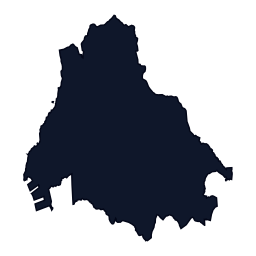 Si Racha, Chon Buri, Thailand (Equal Earth projection)
{"feature_id": "78962969B58781089685129", "entity_name": "Si Racha", "entity_type": "district", "adm_level": 2, "iso_a3": "THA", "parent_name": "Thailand", "parent_adm1": "Chon Buri", "projection": "equal_earth", "projection_center": [101.044, 13.142], "detail": "fine", "context": "isolated", "style": "filled", "palette": "ink", "viewbox_px": 256, "rotation_deg": 0, "n_neighbors": 0, "source": "geoboundaries", "source_scale": "gbopen_adm2", "svg_char_len": 5770}
<svg xmlns="http://www.w3.org/2000/svg" viewBox="0 0 256 256"><path d="M131.6,25.4L128.3,26.9L125.9,24.7L123.8,25.4L121.8,22.7L120.6,22.1L118.8,20.0L116.1,18.3L115.1,15.7L114.1,15.4L111.6,18.6L110.0,19.8L108.8,21.4L107.5,21.9L105.0,24.5L103.9,25.1L100.6,25.3L97.5,26.9L96.2,26.6L94.7,24.6L93.8,24.2L92.8,24.2L90.7,25.1L90.1,25.9L90.0,27.8L89.0,29.4L88.2,32.5L87.8,33.1L87.7,35.2L87.0,35.9L85.9,35.9L85.3,36.3L84.6,37.9L84.2,40.1L82.0,42.7L81.4,44.0L82.4,50.4L83.8,51.4L83.1,54.3L82.9,57.9L81.7,57.0L81.4,54.7L79.1,54.4L77.1,47.7L75.5,47.0L73.9,45.3L73.6,44.6L72.8,44.2L70.8,45.2L69.5,46.9L67.4,47.4L63.9,49.3L59.5,50.2L60.2,55.5L61.2,59.3L61.2,61.4L62.2,64.6L62.5,66.3L62.5,68.9L62.1,70.7L61.9,71.0L61.4,70.9L61.1,71.6L61.5,75.5L61.8,75.6L61.8,76.5L62.1,76.5L62.3,77.2L62.5,78.8L61.4,82.4L61.2,85.3L60.4,87.5L60.1,87.3L59.4,88.2L58.6,87.8L58.3,88.0L58.6,89.6L58.0,93.4L57.9,96.3L57.2,98.4L56.4,99.0L56.5,100.7L56.1,101.1L56.1,102.1L55.8,103.5L55.6,103.6L55.7,105.0L55.4,105.6L55.8,106.2L55.6,106.0L53.1,109.6L52.3,110.2L51.4,110.2L51.3,111.3L50.5,112.7L49.8,113.1L49.6,112.9L49.5,113.2L48.9,113.2L48.1,116.4L47.4,117.1L46.5,117.3L46.0,120.2L45.3,121.1L45.4,121.6L44.8,121.9L44.9,123.3L43.6,124.0L43.0,125.2L41.1,126.2L41.0,127.8L40.1,129.6L40.4,132.2L39.8,133.0L39.7,133.7L40.2,140.0L39.9,141.5L39.2,143.2L37.8,144.2L37.3,143.4L37.2,143.6L37.7,144.4L37.2,145.5L36.4,146.3L34.7,146.2L33.8,145.7L34.4,146.2L34.2,146.9L31.5,149.0L30.9,150.6L29.5,151.7L29.3,152.8L28.7,153.4L28.4,154.6L27.8,154.5L28.2,154.9L28.4,156.5L28.0,157.1L27.5,162.0L26.8,163.1L26.2,165.8L26.2,167.3L25.7,169.0L25.7,170.9L23.9,174.6L24.2,177.5L23.9,179.9L24.3,180.5L24.7,180.1L25.6,180.2L26.5,179.2L26.8,179.4L27.0,178.1L27.6,176.8L28.0,176.7L29.4,177.1L31.4,178.4L32.4,180.5L32.5,181.0L27.8,184.6L30.2,190.7L38.5,184.8L38.9,185.5L38.8,186.3L39.3,188.0L39.1,187.7L31.5,193.6L31.9,193.9L33.1,196.3L34.2,200.0L43.8,196.4L44.6,200.3L35.1,204.0L36.5,210.5L49.5,205.6L51.3,208.9L51.7,210.1L52.6,208.8L52.7,207.9L51.5,207.0L50.7,204.5L51.3,201.4L48.5,189.1L49.7,188.1L51.3,185.9L53.1,186.8L54.3,185.9L55.1,185.8L55.8,186.2L56.1,185.6L56.9,185.1L58.1,185.0L58.6,185.3L60.2,184.6L60.7,182.6L60.5,181.5L61.6,180.2L61.7,178.1L63.1,178.3L63.6,177.6L65.6,177.0L66.7,177.7L68.9,175.2L69.5,175.1L69.9,174.4L70.3,174.6L71.8,173.8L72.1,184.8L73.1,204.3L73.8,204.2L74.2,203.7L74.3,202.7L75.0,201.6L75.3,201.7L75.5,201.1L76.1,201.3L77.0,200.9L77.2,199.9L78.2,199.4L78.6,199.8L79.1,199.5L81.1,200.0L81.4,199.8L81.4,199.1L82.4,198.5L83.7,199.5L84.5,199.4L84.7,199.7L86.4,199.3L88.6,200.1L89.7,201.9L90.9,202.1L91.3,203.3L92.7,203.9L94.1,207.4L95.1,207.8L95.6,208.6L96.9,209.0L98.4,208.6L99.7,208.8L100.9,209.6L103.5,209.1L104.7,210.9L105.9,211.7L106.0,213.2L106.3,214.0L107.0,214.6L108.7,215.4L109.2,216.7L109.4,219.5L110.4,221.7L111.9,223.6L112.8,223.9L113.6,223.5L115.7,218.4L116.2,219.3L116.3,221.2L117.6,222.2L120.5,222.1L122.0,220.7L123.2,220.6L128.9,222.3L132.2,224.2L134.8,226.2L135.0,227.3L135.7,228.2L135.6,230.2L136.8,231.4L138.7,235.0L139.4,235.4L142.3,234.8L142.9,235.5L142.9,236.6L143.4,237.7L144.5,239.2L145.2,239.4L145.6,240.6L146.6,240.3L147.5,240.6L151.2,237.7L151.2,234.7L151.9,231.5L153.9,227.3L154.3,224.3L155.2,222.5L155.4,218.7L157.0,214.6L158.7,215.3L160.4,217.5L163.0,219.7L164.9,217.2L166.7,215.6L167.4,215.8L169.6,214.7L172.0,215.7L173.0,216.4L173.6,217.8L174.8,218.9L175.3,219.9L177.0,220.3L178.1,221.7L179.3,223.9L179.6,225.5L181.0,228.5L186.2,224.7L190.8,218.2L192.4,217.2L193.5,217.8L194.5,220.0L195.3,220.8L198.0,221.4L200.1,221.3L200.6,222.2L202.7,223.6L203.3,224.4L204.3,224.8L204.7,225.8L204.4,219.4L205.4,219.7L206.0,219.1L206.4,219.7L207.6,219.6L210.3,220.4L211.4,214.3L212.9,210.0L215.1,207.1L217.1,206.2L216.5,197.9L213.5,196.2L212.2,195.9L210.8,196.4L210.5,197.1L210.0,197.3L209.3,197.4L208.8,197.0L206.5,198.1L206.3,197.6L206.6,197.1L206.5,196.2L205.0,195.9L204.7,196.2L203.0,194.6L203.3,193.8L203.9,193.4L204.1,191.7L204.5,192.0L204.7,191.6L204.5,190.9L204.7,189.9L204.2,189.4L204.5,188.8L204.9,189.1L205.1,188.3L204.7,188.0L204.7,187.1L204.3,186.6L204.5,186.2L203.9,184.3L204.1,183.0L203.9,182.7L204.2,181.5L204.8,180.7L205.1,178.6L205.7,177.3L207.8,173.8L209.5,173.4L212.0,171.7L215.7,171.3L216.9,170.4L219.1,172.5L223.1,175.1L224.8,177.2L225.4,177.0L226.2,177.3L226.2,178.5L225.6,179.7L225.8,181.2L226.2,179.9L227.0,179.9L227.3,179.0L229.4,179.7L229.5,179.3L230.0,179.0L231.6,179.4L232.1,174.0L232.0,172.5L231.4,170.9L231.8,169.6L231.8,167.7L226.8,168.0L226.3,169.4L225.5,168.5L225.0,168.4L224.6,167.4L223.7,166.9L222.5,165.5L222.2,164.6L221.3,163.9L220.0,161.1L218.6,160.9L218.1,158.9L217.2,158.6L217.1,157.7L216.3,157.3L216.0,157.7L215.7,157.5L215.1,156.3L214.9,155.0L214.2,154.4L213.9,153.3L212.1,151.9L212.4,150.3L212.2,149.9L211.1,148.9L210.0,149.0L209.8,147.6L208.0,145.0L206.5,143.9L204.3,143.9L203.6,143.4L202.4,143.4L201.6,144.2L200.9,143.8L200.5,142.3L199.5,141.4L199.1,140.5L199.7,137.8L196.7,136.5L195.7,135.5L194.0,136.0L193.0,134.3L189.9,131.3L189.2,127.9L186.9,121.5L186.0,110.8L185.2,109.4L184.5,108.7L182.2,107.7L180.8,104.0L179.0,102.6L178.3,101.5L177.6,98.9L176.9,97.4L175.9,96.8L173.8,97.1L171.4,96.2L169.8,96.3L168.7,96.7L167.1,96.1L166.6,96.8L166.2,96.8L162.2,94.7L158.3,94.9L155.3,94.5L154.4,93.4L152.9,92.5L149.8,88.8L148.4,86.7L146.7,82.3L145.7,80.7L142.6,79.0L142.3,78.0L142.3,75.7L142.5,74.6L143.2,72.8L144.9,71.4L145.4,69.1L145.3,66.9L144.7,66.1L141.4,66.0L140.6,65.5L140.0,64.4L138.6,64.2L137.9,63.6L137.7,59.6L135.7,51.9L136.1,50.8L137.2,51.0L137.8,50.5L137.3,46.3L136.5,43.8L136.6,42.8L137.3,40.7L137.5,38.5L137.1,38.0L135.4,37.2L135.5,35.9L134.8,34.3L134.5,33.2L134.6,31.8L134.1,30.4L134.5,27.9L134.4,27.1L133.5,26.0L131.6,25.4ZM53.3,101.7L52.3,101.7L52.2,102.2L53.0,102.6L53.3,101.7Z" fill="#0f172a" stroke="#020617" stroke-width="1.5"/></svg>